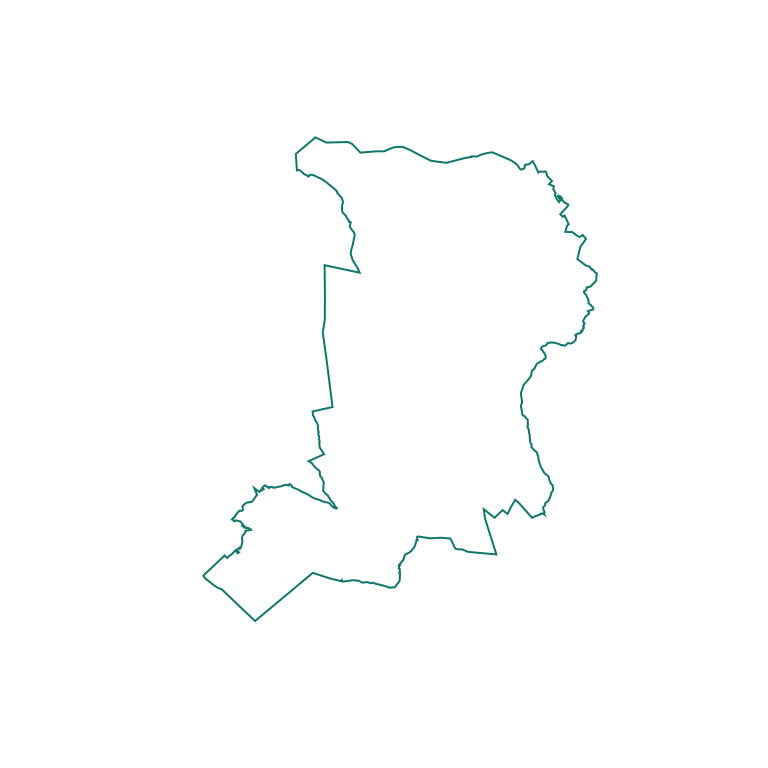 Calpulalpan, Tlaxcala, Mexico (Natural Earth projection), rotated 126°
{"feature_id": "50627088B29705305606348", "entity_name": "Calpulalpan", "entity_type": "district", "adm_level": 2, "iso_a3": "MEX", "parent_name": "Mexico", "parent_adm1": "Tlaxcala", "projection": "natural_earth1", "projection_center": [-98.554, 19.552], "detail": "fine", "context": "isolated", "style": "outline", "palette": "teal", "viewbox_px": 768, "rotation_deg": 126, "n_neighbors": 0, "source": "geoboundaries", "source_scale": "gbopen_adm2", "svg_char_len": 6166}
<svg xmlns="http://www.w3.org/2000/svg" viewBox="0 0 768 768"><g transform="rotate(126 384 384)"><path d="M455.8,192.9L433.7,222.9L426.7,229.7L427.2,215.9L416.3,213.9L416.5,207.6L408.6,209.0L400.6,209.8L400.9,205.2L405.2,185.5L404.2,184.9L403.3,184.7L397.1,180.5L396.7,180.9L395.4,179.4L395.4,177.4L394.5,178.9L393.2,178.7L391.9,181.3L390.1,182.8L387.8,182.4L386.8,182.6L385.4,183.6L382.5,182.5L381.4,182.4L375.4,183.8L373.4,184.8L371.9,184.6L370.1,185.1L368.7,186.0L367.8,187.4L366.8,188.1L366.6,190.4L365.4,191.9L364.9,193.4L362.1,196.4L361.8,201.9L358.9,208.3L355.9,212.6L353.6,215.3L352.2,216.4L351.3,217.4L351.0,218.6L349.7,219.6L349.4,220.9L349.3,223.6L348.3,227.9L346.7,228.5L346.1,229.1L345.4,231.3L339.0,236.8L338.3,238.2L336.1,239.6L335.1,241.5L333.7,243.3L331.9,243.7L331.5,244.5L328.7,246.4L327.4,251.4L327.8,253.3L327.7,253.7L323.0,258.5L321.8,260.0L320.7,260.7L318.1,261.3L316.6,262.4L311.6,267.4L310.0,268.2L304.9,269.7L303.1,270.5L293.4,269.7L290.6,270.0L286.5,272.0L285.6,272.0L283.5,271.3L278.4,272.2L276.8,271.9L274.6,270.7L273.8,270.6L272.0,269.3L269.9,269.1L268.4,268.3L266.2,269.8L265.5,270.9L263.8,275.4L263.3,277.8L262.5,277.8L261.2,278.1L260.4,277.9L257.9,275.9L256.9,275.6L254.7,275.7L254.1,275.4L253.5,274.4L252.2,273.3L250.3,270.1L248.6,265.3L248.6,263.9L248.3,263.1L247.6,262.6L246.9,260.5L246.2,259.9L244.9,259.5L243.4,259.6L242.6,258.9L241.6,256.7L239.2,255.4L235.8,254.8L233.2,256.2L231.9,257.2L231.9,258.0L230.9,257.7L229.1,256.6L228.5,255.8L226.9,254.8L225.7,255.8L224.7,254.7L224.0,254.8L223.4,255.4L221.6,255.2L220.9,255.4L220.4,256.8L219.9,256.7L217.3,257.4L217.7,257.8L217.1,258.2L216.0,260.0L211.3,260.6L206.7,259.5L205.8,260.1L205.3,261.9L200.6,258.6L199.3,259.5L198.9,262.6L198.6,262.7L198.5,266.0L195.8,268.0L193.0,273.3L193.0,274.2L192.3,275.9L191.7,276.5L191.4,276.6L191.4,276.1L190.0,276.2L188.9,275.8L187.6,276.1L187.2,276.7L186.9,276.7L186.3,276.4L186.4,276.0L185.6,275.7L184.2,274.5L182.8,273.9L181.3,274.0L175.8,273.0L169.5,276.9L169.6,278.4L169.0,281.9L169.2,282.7L168.7,282.9L169.1,284.2L168.2,286.3L168.9,289.1L169.5,290.2L169.3,301.0L157.6,305.8L147.8,305.8L146.7,310.9L149.2,311.5L150.2,312.4L150.6,316.5L150.3,320.7L154.3,326.7L148.6,328.9L146.2,328.5L141.5,337.0L143.6,337.6L143.1,341.2L132.5,339.9L131.3,340.0L130.5,340.5L131.1,344.9L130.4,348.8L130.2,349.0L129.2,348.8L128.6,351.4L129.5,351.8L129.0,353.7L129.8,353.9L131.5,349.3L133.9,349.3L132.8,353.3L130.3,357.3L128.9,357.2L126.9,361.5L124.2,362.8L125.4,368.0L121.1,367.4L119.8,374.2L117.0,378.0L120.8,382.9L122.2,383.4L117.8,391.4L116.4,394.7L120.9,395.9L123.9,398.7L126.9,397.2L129.8,398.9L130.1,400.2L128.3,405.7L128.3,411.8L128.7,414.2L132.9,432.6L136.6,436.4L140.9,440.0L145.6,442.7L147.2,445.5L149.0,447.4L149.2,447.0L152.2,449.9L152.2,450.2L168.4,463.5L175.8,477.2L177.8,489.4L179.2,499.4L180.7,506.6L182.3,509.9L186.6,515.1L195.7,520.7L200.7,527.5L210.7,539.1L208.5,550.7L209.5,555.5L222.6,572.6L224.8,584.4L249.7,590.6L262.3,580.1L261.0,578.7L260.6,577.9L260.5,575.8L261.2,571.9L260.5,569.1L260.7,567.6L260.4,566.9L258.2,566.9L256.6,564.3L254.8,554.6L254.6,550.6L255.4,537.5L256.1,534.8L257.1,533.7L258.1,528.1L260.8,523.9L263.2,523.4L267.5,520.6L269.4,518.6L269.9,517.0L270.0,514.8L271.8,510.9L272.3,508.7L273.4,507.5L272.7,506.0L276.6,504.3L277.7,502.2L279.0,497.4L280.6,495.3L290.0,491.0L296.0,488.9L296.6,488.3L298.4,487.4L302.4,481.8L305.5,473.9L308.3,469.2L322.8,501.9L347.8,483.3L367.2,469.4L378.3,463.9L397.3,445.5L432.9,412.1L448.2,425.6L450.9,423.3L452.9,419.4L453.6,418.8L455.0,415.1L456.9,412.4L458.7,411.6L461.5,408.4L462.6,408.3L463.8,407.0L464.1,406.2L467.4,403.5L468.2,402.3L469.8,401.7L473.1,398.8L476.0,391.2L490.7,399.6L490.4,396.4L491.8,391.0L492.3,385.2L493.1,383.8L494.2,383.6L494.8,382.6L496.0,381.5L496.6,378.8L497.6,377.5L498.7,375.1L501.1,373.6L502.0,373.3L503.2,372.2L506.0,370.7L506.9,367.9L507.3,363.6L508.3,362.1L508.1,361.6L508.3,360.8L509.3,359.2L510.2,354.7L511.4,352.5L512.3,349.1L512.9,349.5L513.0,350.6L513.4,351.2L513.5,352.5L513.4,354.8L512.6,356.9L512.6,358.1L513.2,360.5L514.0,361.8L515.2,365.2L515.6,367.7L517.2,372.3L518.0,376.0L518.0,380.9L519.5,387.3L520.1,392.4L521.4,397.4L521.3,398.2L520.9,398.2L520.5,399.2L520.4,401.6L522.3,401.5L522.8,403.6L524.4,405.3L526.4,406.4L532.5,411.9L533.0,412.7L532.8,413.7L533.6,414.9L534.0,415.0L534.2,415.7L534.8,416.1L535.8,415.9L535.9,420.7L537.8,421.3L539.9,421.5L539.9,419.6L542.1,420.3L542.3,421.4L544.6,421.4L544.5,427.7L548.3,421.6L557.3,421.6L558.4,423.3L558.9,422.7L558.8,423.0L559.7,424.4L561.4,425.7L564.0,426.4L566.2,426.7L568.2,424.3L569.6,424.1L570.5,424.7L571.0,426.1L572.0,426.5L574.1,426.9L576.7,426.8L577.7,427.2L578.8,426.6L580.1,426.6L580.8,427.2L581.6,427.4L582.9,427.4L582.5,426.6L583.1,425.2L582.8,425.1L582.6,424.0L581.6,423.9L581.1,423.1L579.6,419.1L580.6,415.4L582.1,415.4L581.3,413.4L582.3,413.1L582.1,412.3L581.4,411.6L581.6,411.0L581.2,410.9L581.3,410.4L580.7,410.1L580.7,409.6L580.3,409.1L580.2,407.1L579.8,406.4L580.1,405.7L584.3,409.8L584.7,409.7L585.7,408.9L589.7,409.2L592.1,408.5L594.1,406.3L599.6,403.8L602.0,403.7L601.5,404.8L604.9,405.5L605.4,404.2L605.4,402.4L606.8,402.8L606.4,404.6L605.4,406.3L611.8,407.3L615.5,408.6L616.9,408.6L616.9,410.6L616.4,412.2L645.1,417.5L646.1,415.5L646.3,414.6L646.8,403.9L646.6,399.1L645.5,394.4L651.6,349.0L578.6,330.6L573.2,313.7L568.5,302.3L567.5,302.8L567.7,301.0L567.2,300.1L565.6,298.7L564.3,296.7L563.2,296.3L562.7,295.4L561.6,294.4L559.9,292.3L559.1,290.1L558.2,289.5L557.5,285.0L556.8,283.9L556.4,283.7L553.9,280.7L553.9,280.3L552.6,277.3L552.1,276.5L551.1,275.9L550.3,272.3L549.3,270.9L548.9,269.8L549.0,269.2L547.7,266.7L546.5,263.0L545.9,261.9L545.7,260.0L542.2,255.8L534.2,255.6L528.1,259.5L528.4,259.9L527.6,260.8L527.2,260.3L524.3,262.7L524.6,263.6L522.6,264.3L522.7,264.7L520.9,264.8L521.2,265.5L514.8,265.0L511.3,266.2L511.2,266.4L509.5,266.6L505.1,264.3L502.6,263.7L497.4,263.7L491.0,265.8L490.9,266.1L490.5,266.0L490.4,265.3L488.3,267.4L487.9,267.4L486.8,265.8L481.7,255.9L474.5,247.0L470.2,239.7L470.1,239.1L470.7,238.5L471.5,236.4L475.3,229.6L474.7,227.8L473.7,226.1L472.5,224.7L471.8,223.2L470.5,217.5L455.8,192.9Z" fill="none" stroke="#0f766e" stroke-width="2"/></g></svg>